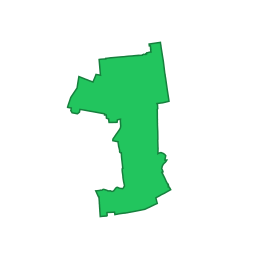 Bragadiru, Ilfov, Romania, rotated 302°
{"feature_id": "2599482B78210424721579", "entity_name": "Bragadiru", "entity_type": "district", "adm_level": 2, "iso_a3": "ROU", "parent_name": "Romania", "parent_adm1": "Ilfov", "projection": "orthographic", "projection_center": [25.978, 44.379], "detail": "fine", "context": "isolated", "style": "filled", "palette": "green", "viewbox_px": 256, "rotation_deg": 302, "n_neighbors": 0, "source": "geoboundaries", "source_scale": "gbopen_adm2", "svg_char_len": 5265}
<svg xmlns="http://www.w3.org/2000/svg" viewBox="0 0 256 256"><g transform="rotate(302 128 128)"><path d="M113.5,65.8L113.5,66.0L113.8,66.5L113.9,66.9L113.9,67.0L114.7,68.8L114.9,69.3L113.3,70.0L112.4,70.3L112.3,70.6L111.3,72.6L111.5,73.0L111.9,74.1L112.0,74.3L113.2,77.5L113.6,77.7L115.7,78.4L115.8,78.3L116.1,78.3L116.5,78.1L118.3,77.4L119.4,79.9L120.0,81.4L122.0,86.5L123.2,89.4L127.6,100.6L126.6,101.2L126.7,101.4L127.5,102.6L124.9,104.5L125.1,105.5L125.4,106.7L123.5,108.3L122.7,109.0L124.5,111.9L127.0,115.7L128.7,115.0L129.3,114.7L130.8,116.1L131.5,117.0L130.0,117.7L128.7,118.7L128.5,118.8L128.4,118.9L127.0,119.9L126.7,120.1L126.0,120.7L124.6,121.3L123.7,121.6L123.3,121.6L122.1,121.6L121.7,121.6L120.8,121.6L120.1,121.5L118.9,121.5L117.6,121.4L116.4,121.3L115.1,121.3L114.4,121.2L113.6,121.3L113.1,121.2L112.6,121.2L111.6,121.1L111.4,121.1L110.9,121.1L109.7,121.5L109.2,121.9L109.5,122.6L110.3,124.9L111.1,126.8L110.9,126.9L108.9,128.6L107.1,130.1L106.2,131.3L105.7,131.5L105.2,132.2L104.0,133.2L103.6,133.3L103.3,133.7L103.0,134.1L103.0,134.4L103.1,135.4L103.3,135.4L103.4,135.5L101.1,137.1L100.1,137.8L98.8,138.8L97.8,139.6L94.9,141.9L94.8,142.0L92.6,143.7L91.1,145.0L90.8,144.6L90.1,144.8L89.8,145.0L89.3,145.3L88.7,145.7L88.2,146.1L87.3,146.8L87.1,147.0L85.8,148.1L84.6,149.1L83.3,150.0L82.7,150.5L80.2,152.7L79.1,153.8L77.7,155.1L76.8,155.8L76.6,155.9L75.8,155.7L75.5,155.8L74.8,155.8L74.2,155.7L73.7,155.6L73.5,155.3L73.3,154.6L73.0,154.0L72.5,153.1L72.4,152.5L72.2,151.6L72.2,150.8L72.1,150.5L71.5,149.8L70.9,149.6L70.6,149.5L70.2,149.4L68.0,149.3L67.0,149.1L66.2,148.6L65.8,148.1L65.5,147.6L65.5,146.6L65.3,146.2L65.0,145.9L64.8,145.5L64.6,145.1L64.3,144.8L64.2,144.6L64.0,144.1L64.0,143.1L63.8,142.4L63.3,140.5L63.1,139.9L62.8,139.5L62.4,139.2L61.4,138.8L60.8,138.0L60.6,137.4L59.8,136.9L59.5,136.4L57.8,134.3L57.6,134.0L57.4,134.3L57.0,134.9L54.0,139.4L54.2,139.8L53.6,140.3L53.4,140.4L53.1,140.6L52.8,140.9L52.6,141.0L52.1,141.4L49.5,143.3L49.4,143.3L49.1,143.5L48.8,143.7L48.5,144.0L48.3,144.1L48.0,144.4L47.8,144.5L47.4,144.8L47.1,145.0L46.8,145.2L46.2,145.6L45.8,145.9L45.7,146.0L45.4,146.2L45.3,146.3L45.1,146.4L44.9,146.6L44.7,146.7L44.5,146.9L44.4,146.9L44.2,147.1L43.9,147.3L43.6,147.5L43.4,147.6L43.2,147.8L42.3,148.4L41.9,148.7L41.7,148.9L41.2,149.2L38.2,151.4L38.6,151.9L39.4,152.9L40.5,154.4L41.6,155.9L42.1,156.6L42.4,156.7L42.7,156.7L42.9,156.6L43.3,156.3L44.2,155.6L44.9,155.1L45.2,155.0L49.5,161.2L47.6,162.8L50.6,166.0L53.6,169.6L53.9,169.9L53.9,170.0L54.1,170.4L55.4,171.8L55.6,172.1L57.2,173.8L60.1,177.0L64.3,181.5L66.6,183.9L67.8,185.2L68.3,185.6L70.4,186.9L72.3,188.2L74.3,189.4L75.5,190.2L75.9,190.4L77.3,191.3L78.1,191.8L78.9,192.4L79.5,192.8L79.7,192.6L80.2,192.1L81.7,190.5L82.2,190.0L82.6,189.6L83.5,188.6L84.8,189.3L85.7,189.8L87.4,190.8L88.5,191.3L90.5,192.5L91.2,193.0L92.6,193.8L93.8,194.4L95.2,195.2L96.0,195.6L98.3,196.9L99.2,195.4L99.3,195.2L99.2,195.1L100.0,193.6L99.5,193.3L100.0,192.9L100.4,193.1L101.3,192.2L101.1,191.9L101.6,191.5L101.5,191.4L101.6,191.1L102.1,190.2L102.7,189.2L103.2,188.3L104.0,187.2L104.7,186.1L104.8,186.0L105.3,185.2L108.4,180.1L108.7,180.2L108.9,180.4L109.4,180.9L109.8,180.3L110.4,179.8L110.6,179.4L111.2,178.3L111.4,178.1L112.4,177.8L113.2,177.5L113.6,177.3L114.1,177.3L114.5,177.2L115.2,177.2L115.8,177.1L116.3,177.2L117.4,177.4L118.8,177.8L120.1,177.9L121.4,177.9L120.4,176.2L124.5,174.7L125.0,173.3L125.1,172.5L125.1,172.0L125.1,171.6L125.1,171.4L125.1,171.2L125.0,170.6L124.8,170.0L124.8,169.5L124.7,169.2L124.6,168.9L124.4,168.7L124.1,168.4L123.3,167.7L122.7,167.3L122.1,167.0L124.0,165.8L126.6,164.3L128.4,163.0L129.2,162.5L131.6,160.9L133.8,159.4L134.1,159.4L137.2,157.4L140.6,155.2L145.1,152.1L146.7,151.0L147.6,150.5L148.1,150.1L149.8,149.0L150.9,148.4L151.4,148.0L152.8,147.1L154.2,146.2L154.7,145.9L155.5,145.4L157.2,144.3L157.5,144.1L158.1,143.7L159.2,142.9L160.1,143.0L162.5,141.3L163.4,140.7L163.5,140.5L164.1,139.6L166.5,142.5L167.7,144.0L169.6,145.9L172.4,148.6L174.1,147.2L179.3,142.7L181.5,140.8L186.5,136.6L188.5,134.9L190.3,133.4L191.8,132.0L192.8,131.3L193.0,131.0L193.7,130.4L194.1,130.0L195.0,129.3L197.0,127.7L200.6,124.8L203.2,122.7L207.3,119.1L214.2,113.1L215.6,112.0L216.4,111.2L216.9,110.8L217.8,110.1L213.2,104.7L212.3,103.6L212.1,103.4L211.8,103.1L210.5,101.5L210.4,101.4L209.0,102.5L209.6,103.2L208.9,103.8L209.0,103.9L206.9,105.6L206.8,105.4L205.0,106.9L204.9,106.8L204.5,107.2L203.6,106.0L203.0,105.4L202.5,105.0L201.6,104.0L200.8,104.5L200.7,104.3L200.4,103.8L200.0,104.0L199.8,104.1L198.7,102.1L198.1,101.8L197.8,101.6L197.3,101.6L196.9,100.9L196.5,100.5L196.1,99.9L195.9,99.6L195.0,98.4L194.7,98.0L194.9,98.0L192.7,95.1L191.1,93.1L191.0,92.9L189.2,90.4L187.8,88.6L186.4,86.9L185.9,86.2L184.6,84.4L178.8,76.7L178.7,76.5L176.1,73.4L175.7,72.9L175.2,72.2L175.0,72.3L174.8,72.5L171.9,68.5L171.4,67.9L170.9,67.3L170.8,67.2L158.4,76.5L158.2,76.7L156.5,72.5L154.6,72.9L152.9,73.2L148.4,73.9L147.8,70.9L147.6,70.1L147.5,69.5L147.2,67.6L147.1,67.3L147.0,66.7L146.9,66.3L146.7,65.4L146.7,65.1L145.6,59.1L145.1,59.3L143.9,59.8L143.2,60.1L139.6,61.6L135.2,63.5L134.9,63.6L134.5,63.6L124.6,63.3L123.8,63.3L123.1,63.4L121.9,63.7L119.8,64.2L116.3,65.0L114.8,65.4L113.8,65.8L113.7,65.7L113.5,65.8Z" fill="#22c55e" stroke="#15803d" stroke-width="1.5"/></g></svg>